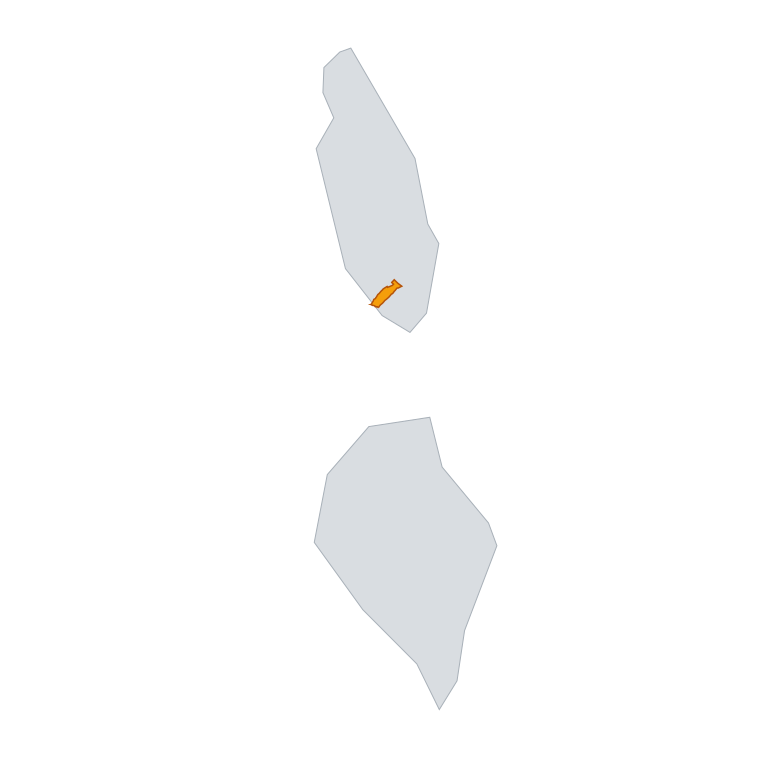 Aana Alofi II, A'ana, Samoa (highlighted), rotated 240°
{"feature_id": "51752279B99154731700869", "entity_name": "Aana Alofi II", "entity_type": "district", "adm_level": 2, "iso_a3": "WSM", "parent_name": "Samoa", "parent_adm1": "A'ana", "projection": "mercator", "projection_center": [-171.95, -13.853], "detail": "fine", "context": "in_parent", "style": "filled", "palette": "amber", "viewbox_px": 768, "rotation_deg": 240, "n_neighbors": 0, "source": "geoboundaries", "source_scale": "gbopen_adm2", "svg_char_len": 1900}
<svg xmlns="http://www.w3.org/2000/svg" viewBox="0 0 768 768"><g transform="rotate(240 384 384)"><path d="M281.7,244.4L333.9,289.6L354.7,349.6L332.3,407.0L283.0,392.8L211.4,405.0L187.5,400.9L130.2,330.5L90.4,298.8L74.4,269.1L125.1,272.5L199.1,252.8L281.7,244.4ZM691.5,523.2L563.8,523.6L500.6,501.9L478.2,501.7L424.1,456.2L415.7,432.3L444.2,416.6L503.2,408.3L621.7,442.9L639.6,473.6L666.9,476.8L688.1,490.2L693.6,511.7L691.5,523.2Z" fill="#d9dde1" stroke="#a8b0b8" stroke-width="1"/><path d="M469.2,445.0L468.9,444.2L468.2,441.7L468.0,441.4L465.7,442.2L465.6,441.9L465.5,441.4L465.3,440.9L465.2,440.5L465.2,440.2L465.3,439.9L465.4,439.4L465.4,439.0L465.5,438.6L465.5,437.8L465.6,437.5L465.7,437.2L465.7,436.7L465.9,436.0L465.9,435.8L465.9,435.5L466.9,435.5L466.8,431.9L466.7,430.9L466.7,430.6L466.6,430.4L466.3,429.8L466.2,429.4L466.1,428.7L465.9,428.1L465.7,427.4L465.4,426.6L465.0,425.5L464.9,425.3L464.7,424.3L464.6,423.4L463.2,421.0L462.9,420.4L462.9,420.2L462.4,419.5L462.3,419.3L462.3,418.8L462.3,418.5L462.4,417.8L462.4,417.6L462.3,417.4L461.7,416.7L461.2,416.1L461.0,415.8L460.7,415.1L460.5,414.8L460.3,414.5L460.2,414.2L460.0,413.9L459.8,413.7L459.4,412.7L459.5,412.3L459.4,412.4L459.1,412.6L458.9,412.7L458.7,413.0L458.3,413.2L458.2,413.1L457.8,413.4L457.6,413.6L457.4,414.0L457.0,414.5L456.2,415.0L455.8,415.1L455.6,415.1L455.6,415.3L455.3,415.5L455.1,415.5L454.9,415.7L454.9,415.8L454.7,416.0L454.6,416.3L454.3,416.4L454.4,416.6L454.3,416.8L454.1,417.0L453.7,417.2L453.3,417.3L453.4,417.6L453.3,418.2L453.3,418.4L453.9,419.3L454.3,420.6L454.5,421.7L454.6,422.5L454.8,423.4L455.3,424.9L455.8,426.2L456.0,426.9L456.1,428.2L456.3,429.2L456.8,431.7L457.3,433.1L457.8,434.5L458.2,435.4L458.0,436.2L458.2,437.1L458.5,438.0L459.0,438.8L459.3,439.8L459.4,440.3L460.5,443.0L460.3,443.9L460.0,444.3L459.8,448.3L464.2,446.4L469.2,445.0Z" fill="#f59e0b" stroke="#b45309" stroke-width="1.5"/></g></svg>